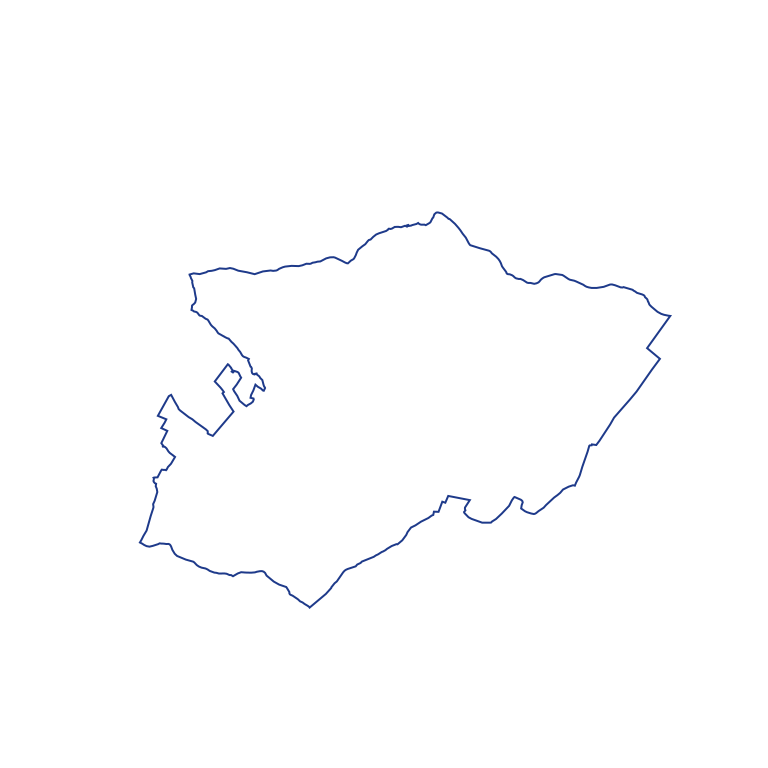 outline of Osesti, Vaslui, Romania, rotated 335°
{"feature_id": "2599482B5127091707181", "entity_name": "Osesti", "entity_type": "district", "adm_level": 2, "iso_a3": "ROU", "parent_name": "Romania", "parent_adm1": "Vaslui", "projection": "equal_earth", "projection_center": [27.44, 46.771], "detail": "fine", "context": "isolated", "style": "outline", "palette": "blue", "viewbox_px": 768, "rotation_deg": 335, "n_neighbors": 0, "source": "geoboundaries", "source_scale": "gbopen_adm2", "svg_char_len": 6150}
<svg xmlns="http://www.w3.org/2000/svg" viewBox="0 0 768 768"><g transform="rotate(335 384 384)"><path d="M644.7,477.8L637.6,462.7L672.2,443.3L670.5,442.2L667.0,439.6L664.9,437.6L662.4,434.2L659.1,427.1L658.2,424.6L658.1,423.6L658.3,421.6L658.1,421.0L658.4,418.7L658.2,417.8L657.3,415.7L657.3,414.0L657.0,413.4L656.0,412.1L651.8,408.3L650.6,406.1L649.6,404.8L649.2,403.8L648.6,403.2L642.0,397.4L641.1,397.4L639.4,396.5L635.2,392.2L632.8,390.2L631.0,389.4L624.2,388.8L617.3,386.8L612.8,384.7L610.4,383.0L608.6,381.4L607.5,379.9L606.6,378.3L601.5,372.3L600.1,370.8L596.6,368.1L595.6,366.9L592.5,361.7L591.6,360.5L586.1,356.9L585.0,356.5L574.3,355.0L572.4,355.2L570.4,355.7L567.9,356.9L566.8,357.2L564.8,357.2L562.5,356.7L559.6,354.4L557.5,353.4L556.5,352.6L554.0,348.6L552.7,347.1L551.9,346.3L550.7,345.9L548.4,344.1L547.5,342.7L546.8,340.8L546.0,339.5L544.3,337.7L542.7,336.8L542.0,335.9L541.9,335.5L542.1,334.6L541.9,333.2L540.9,328.5L540.7,327.1L541.0,323.9L540.9,321.4L540.5,319.1L539.5,316.1L537.0,311.2L536.6,309.4L536.2,308.5L535.5,307.6L528.2,301.4L520.9,294.7L520.6,294.0L520.3,292.1L520.0,285.9L518.8,281.0L518.2,277.1L517.5,274.0L516.0,268.8L513.5,262.9L513.1,262.1L512.3,261.6L511.8,260.1L508.6,254.0L505.5,251.4L504.4,250.9L503.6,250.8L501.3,251.5L499.0,253.9L497.9,254.3L494.6,256.9L493.5,257.3L489.0,257.7L487.9,256.6L485.0,255.3L484.1,254.5L483.3,253.4L483.0,252.5L481.1,252.7L476.8,251.9L475.6,251.9L473.4,251.3L473.3,250.5L472.5,250.8L472.6,249.2L472.2,249.9L471.1,250.8L470.0,249.5L465.7,249.1L463.2,247.5L460.1,246.2L456.8,246.5L455.3,246.2L454.1,245.3L453.6,245.3L452.9,245.8L450.6,246.2L443.2,245.3L440.1,245.2L436.4,246.1L432.9,247.4L431.1,247.1L429.7,247.6L426.1,249.4L422.7,250.0L417.3,251.4L414.9,253.3L412.9,255.3L410.3,257.3L409.2,257.9L406.0,258.2L402.3,259.4L401.3,258.8L400.1,257.5L398.0,254.7L393.1,248.8L391.9,247.8L388.6,246.4L384.7,245.7L378.1,246.0L375.3,245.0L373.3,244.7L370.5,243.9L368.5,244.0L367.4,243.7L364.5,242.2L360.1,241.9L356.5,241.1L350.2,237.9L344.0,235.8L341.5,235.4L337.6,235.3L335.5,235.7L334.2,235.6L331.3,234.6L329.2,233.2L321.8,230.8L313.2,229.8L307.0,224.8L299.8,219.7L296.1,215.8L293.4,213.8L289.5,212.9L283.9,209.8L278.8,209.3L275.7,208.6L272.2,207.4L269.9,207.6L263.4,206.5L258.3,203.3L254.0,202.6L253.9,202.8L254.0,205.2L253.8,206.4L253.9,209.6L253.1,210.9L252.0,215.8L252.4,217.0L250.7,223.2L249.7,227.5L247.3,230.4L245.3,231.2L243.8,231.5L243.0,232.0L242.4,233.3L240.8,235.6L241.9,236.8L242.4,237.9L244.2,239.3L245.0,240.5L245.7,243.8L246.1,244.3L247.7,245.4L249.9,249.5L251.3,251.0L251.6,252.2L252.1,257.1L252.7,259.1L254.1,262.1L254.8,265.0L255.0,266.8L255.3,268.1L260.1,274.8L261.5,276.5L262.4,277.2L263.5,281.2L264.6,283.8L266.3,289.6L266.5,291.5L267.2,294.1L267.5,297.8L267.9,299.2L268.8,300.5L270.0,301.6L272.1,304.2L270.8,305.2L270.4,311.9L270.8,312.4L270.8,314.0L269.5,316.3L269.1,318.1L269.4,319.4L270.6,320.6L271.6,320.7L271.6,320.3L273.0,320.6L272.9,321.8L274.2,324.4L274.4,326.3L275.4,329.0L274.5,333.8L274.3,335.7L274.6,336.7L274.5,337.4L272.2,339.3L271.5,338.7L270.6,336.2L268.5,333.2L267.2,330.3L262.8,334.7L258.9,337.8L257.2,340.1L259.6,342.0L259.4,343.0L257.7,344.6L255.1,345.3L251.7,345.5L250.0,346.0L248.8,344.1L246.0,338.1L246.0,332.8L245.1,327.0L245.1,324.9L250.2,322.3L257.2,317.9L257.0,316.3L257.0,312.6L256.4,311.3L254.0,309.0L252.0,309.7L251.2,308.4L252.7,307.6L252.1,305.3L252.3,304.8L251.2,300.7L250.8,300.1L231.7,310.2L234.3,318.1L235.0,320.9L235.5,323.6L233.7,324.2L234.9,337.8L236.0,345.4L206.9,358.7L203.5,354.8L203.3,354.3L203.4,354.0L203.8,353.5L204.3,352.2L203.4,349.9L197.1,338.7L195.4,335.0L193.0,331.5L188.0,321.8L187.3,319.9L187.5,317.8L186.9,311.7L186.5,303.9L183.8,304.1L165.6,317.3L171.8,324.0L168.9,326.3L163.5,329.8L167.8,334.9L157.2,343.5L157.5,345.4L157.9,346.8L157.6,347.2L157.2,347.2L157.2,347.4L158.2,347.8L159.0,348.7L159.7,350.5L160.1,353.9L160.7,355.9L163.8,361.8L157.2,366.3L153.1,367.9L150.8,369.7L150.0,370.0L149.5,369.4L148.1,368.8L146.4,367.7L145.2,368.4L139.3,372.9L136.1,371.6L135.5,371.6L135.6,372.3L134.8,373.6L134.1,374.4L134.0,375.4L134.4,377.0L135.3,378.1L133.9,380.2L133.8,382.8L132.9,386.1L126.8,392.9L124.0,395.3L123.1,398.1L122.4,399.0L116.9,404.9L106.9,416.5L101.9,419.9L98.1,422.9L95.8,424.5L97.3,426.4L98.6,428.5L100.3,430.6L102.7,432.3L106.1,433.0L111.7,433.7L113.3,433.6L114.9,434.6L116.9,435.6L118.9,436.9L121.1,437.9L121.8,438.6L122.2,439.4L122.4,441.2L122.1,444.9L122.6,449.4L123.8,452.4L130.2,459.4L136.0,464.4L136.6,465.4L137.8,469.0L139.1,471.2L141.0,473.3L144.3,475.8L145.7,477.5L147.1,479.8L150.5,483.2L152.3,484.3L154.4,486.1L159.2,488.2L161.2,489.5L163.2,491.8L164.7,492.6L165.9,494.4L171.4,493.9L175.0,494.2L178.7,496.3L183.7,498.8L187.5,500.2L189.3,500.4L192.4,501.2L194.3,502.0L195.6,503.2L196.4,504.9L196.6,508.0L200.6,516.5L204.2,521.5L209.6,526.7L209.8,527.9L210.3,532.5L209.8,533.7L209.8,534.7L210.2,535.5L211.7,537.2L215.0,542.7L216.1,545.5L217.9,547.6L219.0,549.7L221.1,552.8L221.9,554.2L222.1,555.2L242.6,549.7L249.9,546.6L250.4,546.0L255.0,543.7L257.8,543.0L267.4,537.4L269.3,536.6L270.7,536.3L272.9,536.3L281.3,537.3L283.4,536.3L287.1,536.3L288.9,535.6L301.7,536.3L304.2,535.9L306.6,535.9L310.9,535.3L312.4,535.4L315.1,535.2L317.0,534.7L322.5,534.1L327.6,534.4L328.5,535.0L334.5,533.4L340.4,530.2L342.7,528.2L347.8,525.5L352.8,525.4L359.4,524.4L367.6,524.2L371.6,523.4L373.3,523.5L375.3,520.8L379.4,522.9L387.1,515.3L389.4,517.5L394.9,512.6L412.7,525.5L405.2,530.2L404.5,531.5L404.4,532.9L402.4,533.9L402.4,535.0L404.3,540.5L406.4,543.3L414.4,551.2L421.8,554.6L422.6,554.8L423.7,554.3L428.5,553.7L436.0,551.2L445.9,547.3L450.7,543.5L453.8,541.7L454.6,541.6L459.1,546.7L459.5,547.4L459.9,548.6L459.7,549.9L457.5,552.1L455.7,554.8L458.0,558.9L459.5,560.7L462.7,563.6L464.9,565.2L466.0,565.4L467.3,565.3L470.4,564.5L476.4,563.6L479.7,562.2L490.2,558.8L494.3,558.0L497.7,557.1L501.6,555.3L508.0,555.1L512.2,555.6L513.4,556.2L514.0,556.8L516.5,554.5L521.7,550.5L523.1,549.2L528.8,542.8L539.8,531.5L543.9,526.8L544.4,526.6L546.3,527.3L546.9,526.6L550.6,529.0L555.3,526.5L571.8,516.3L578.3,511.7L600.1,502.1L609.7,497.6L632.9,484.2L644.7,477.8Z" fill="none" stroke="#1e3a8a" stroke-width="2"/></g></svg>